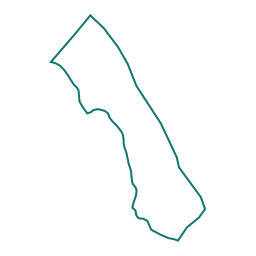 the district of Santa Catarina Palopó, Sololá, Guatemala
{"feature_id": "79465075B20909144417391", "entity_name": "Santa Catarina Palopó", "entity_type": "district", "adm_level": 2, "iso_a3": "GTM", "parent_name": "Guatemala", "parent_adm1": "Sololá", "projection": "mercator", "projection_center": [-91.132, 14.719], "detail": "fine", "context": "isolated", "style": "outline", "palette": "teal", "viewbox_px": 256, "rotation_deg": 0, "n_neighbors": 0, "source": "geoboundaries", "source_scale": "gbopen_adm2", "svg_char_len": 965}
<svg xmlns="http://www.w3.org/2000/svg" viewBox="0 0 256 256"><path d="M178.0,240.6L186.9,227.4L199.0,217.5L205.1,209.0L200.8,197.1L179.0,167.4L176.8,157.4L160.9,123.5L136.4,85.9L127.7,63.9L117.8,46.7L103.8,28.2L90.3,15.4L75.7,33.2L50.9,62.0L55.2,63.1L59.8,65.5L62.3,68.0L64.1,69.9L65.9,72.4L67.7,74.9L70.0,78.7L73.9,84.6L77.0,87.8L78.5,90.2L79.2,97.7L79.5,101.4L82.4,106.6L87.3,113.4L91.2,112.0L93.3,110.1L97.5,109.2L101.2,109.8L105.1,111.1L108.1,113.5L109.6,117.7L112.2,121.1L117.1,126.0L121.4,131.6L123.0,135.0L123.6,139.9L123.6,142.6L124.2,146.5L125.2,149.2L126.3,152.5L127.0,155.5L127.8,159.5L128.6,163.7L129.7,166.7L131.0,171.0L131.5,176.4L132.0,181.2L132.7,183.8L135.7,187.7L136.6,190.8L136.0,195.6L134.8,199.1L133.2,203.6L132.4,207.7L135.5,210.5L136.2,215.2L138.5,218.2L143.5,218.8L147.3,220.8L148.8,224.2L151.1,229.5L153.4,230.9L156.7,232.6L160.1,234.5L164.5,236.4L168.4,238.1L173.7,239.1L178.0,240.6Z" fill="none" stroke="#0f766e" stroke-width="2"/></svg>